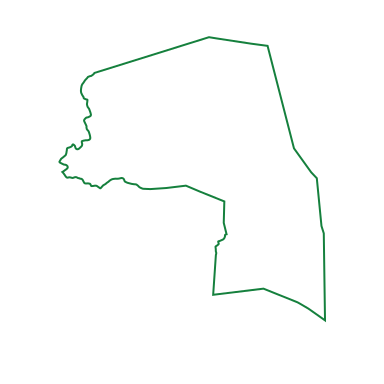 the district of San Francisco de Ojuera, Santa Bárbara, Honduras, rotated 260°
{"feature_id": "27666195B61070827999255", "entity_name": "San Francisco de Ojuera", "entity_type": "district", "adm_level": 2, "iso_a3": "HND", "parent_name": "Honduras", "parent_adm1": "Santa Bárbara", "projection": "robinson", "projection_center": [-88.219, 14.715], "detail": "fine", "context": "isolated", "style": "outline", "palette": "green", "viewbox_px": 384, "rotation_deg": 260, "n_neighbors": 0, "source": "geoboundaries", "source_scale": "gbopen_adm2", "svg_char_len": 5696}
<svg xmlns="http://www.w3.org/2000/svg" viewBox="0 0 384 384"><g transform="rotate(260 192 192)"><path d="M217.3,300.0L322.8,291.8L327.8,276.0L338.8,243.4L341.5,235.6L326.2,116.6L325.6,116.1L325.3,115.7L324.6,114.6L324.1,113.5L323.9,113.1L323.8,112.7L323.8,112.3L323.8,111.6L323.7,111.1L323.5,110.1L323.4,109.8L323.4,109.6L323.2,109.3L323.0,109.1L322.4,108.5L321.9,107.8L321.3,107.0L320.7,106.2L320.3,105.8L320.0,105.5L319.2,104.8L318.6,104.2L318.2,103.8L317.5,103.0L317.2,102.7L316.8,102.4L316.4,102.1L316.2,102.0L315.5,101.6L314.6,101.3L313.6,100.9L311.9,100.4L311.0,100.2L310.1,100.1L309.6,100.1L308.9,100.1L308.2,100.3L307.0,100.6L306.1,100.9L305.0,101.4L304.5,101.6L304.1,101.7L303.6,101.6L303.3,101.7L303.0,101.8L302.8,102.0L302.6,102.2L302.4,102.6L302.0,103.1L301.7,103.6L301.4,104.3L301.3,104.6L301.1,104.9L300.9,105.0L300.7,105.0L299.3,104.6L298.6,104.4L297.4,104.0L296.8,103.8L296.2,103.8L295.6,103.8L294.7,103.9L294.0,104.0L293.6,104.2L292.9,104.5L292.0,105.0L291.6,105.1L291.3,105.2L290.0,105.4L289.0,105.6L287.5,105.8L286.1,105.9L285.9,105.9L285.6,105.9L285.1,105.7L284.8,105.5L284.7,105.4L284.5,105.2L284.3,104.8L284.1,104.2L283.9,103.6L283.7,102.8L283.6,102.4L283.6,102.2L283.7,101.7L283.6,101.0L283.5,100.6L283.3,100.3L283.0,99.8L282.6,99.3L282.3,98.9L282.0,98.6L281.7,98.4L281.3,98.2L281.0,98.1L280.7,98.1L279.8,98.3L278.4,98.7L276.6,99.2L275.8,99.4L275.5,99.5L275.2,99.5L274.8,99.5L274.0,99.3L273.5,99.3L273.0,99.3L272.4,99.3L271.9,99.5L271.4,99.7L271.1,99.9L270.4,100.4L269.9,100.6L269.5,100.7L268.9,100.9L267.2,101.1L266.5,101.2L265.1,101.3L264.1,101.3L263.4,101.3L263.0,101.2L262.5,101.1L262.2,101.0L262.0,100.8L261.8,100.6L261.6,100.4L261.5,100.2L261.4,100.0L261.3,99.7L261.2,99.5L261.2,99.1L261.1,98.4L261.1,97.9L261.2,97.3L261.3,96.7L261.4,96.3L261.4,96.0L261.4,95.5L261.4,94.0L261.3,93.5L261.3,92.8L261.2,92.6L261.0,92.3L260.9,92.3L260.5,92.2L260.1,92.1L259.6,92.1L259.2,92.2L258.9,92.2L258.6,92.2L258.2,92.2L257.8,92.1L257.4,91.9L257.0,91.8L256.7,91.6L256.4,91.3L256.1,91.0L255.5,90.1L255.1,89.5L254.6,88.7L254.3,88.2L254.1,87.8L254.0,87.4L254.0,87.1L254.0,86.8L254.0,86.5L254.1,86.3L254.2,86.0L254.4,85.8L254.7,85.4L254.9,85.3L255.1,85.1L255.5,85.0L256.6,84.8L257.5,84.7L257.9,84.6L258.5,84.2L258.9,83.9L259.3,83.5L259.4,83.4L259.5,83.1L259.5,82.9L259.4,82.7L259.2,82.4L258.9,82.3L258.7,82.3L258.4,82.0L258.1,81.7L257.9,81.4L257.8,81.1L257.6,80.8L257.5,80.5L257.4,80.1L257.2,79.3L257.1,78.4L257.0,77.5L257.0,77.2L256.9,77.0L256.8,76.8L256.6,76.6L256.3,76.4L256.1,76.3L255.7,76.2L254.6,75.9L253.6,75.5L252.3,75.1L251.3,74.6L250.7,74.3L250.5,74.1L250.2,73.9L249.9,73.4L248.8,71.5L248.3,70.6L247.7,69.4L247.5,69.1L247.4,68.9L247.2,68.7L246.6,68.2L245.8,67.5L245.3,67.1L244.9,66.9L244.7,66.7L244.3,66.8L244.1,66.9L243.7,67.3L243.0,68.2L242.1,69.4L241.4,70.4L241.2,70.7L241.1,71.1L240.9,71.8L240.8,72.1L240.6,72.4L240.4,72.8L240.1,73.1L239.6,73.5L239.1,73.8L238.8,73.9L238.5,73.9L238.2,73.9L237.9,73.9L237.6,73.8L237.4,73.7L237.2,73.5L236.9,73.2L236.7,72.9L236.4,72.5L236.2,72.1L235.5,70.6L234.6,68.8L234.2,67.8L232.8,68.7L231.9,69.1L230.7,69.7L229.7,70.1L229.3,70.3L228.6,70.7L228.3,71.0L228.1,71.1L228.0,71.3L227.9,71.5L227.7,72.0L227.7,72.4L227.8,73.1L227.8,73.5L227.7,73.9L227.7,74.2L227.4,74.9L227.1,75.6L226.9,76.0L226.7,76.4L226.6,76.7L226.6,77.2L226.6,77.6L226.7,77.9L226.8,78.7L226.9,79.1L226.9,79.4L226.9,79.8L226.8,80.1L226.7,80.5L226.6,80.8L226.4,81.1L225.9,81.7L225.6,82.1L225.3,82.7L225.1,83.4L225.0,83.6L224.7,83.9L224.5,84.2L224.4,84.5L224.3,85.0L224.2,85.3L224.0,85.6L223.7,85.9L223.3,86.2L223.0,86.4L220.8,87.1L219.9,87.4L219.7,87.5L219.3,87.8L219.2,88.0L219.0,88.4L218.8,89.0L218.7,89.6L218.6,90.7L218.4,91.5L218.3,91.8L218.2,92.1L217.9,92.6L217.8,92.9L217.6,93.0L217.4,93.2L217.2,93.3L216.9,93.4L216.3,93.5L215.8,93.7L215.5,93.8L215.4,93.9L215.3,94.1L215.3,94.3L215.2,94.6L215.1,95.7L215.1,97.2L215.1,97.6L215.0,97.9L214.9,98.4L214.8,98.7L214.7,99.0L214.4,99.4L212.9,100.9L211.9,101.9L211.7,102.1L211.6,102.4L211.6,102.6L211.7,102.8L213.6,105.2L213.8,105.4L214.4,106.8L214.8,108.0L215.0,108.4L215.1,108.6L215.6,109.3L215.8,109.7L216.4,111.0L216.6,111.5L217.2,112.4L217.5,112.9L217.7,113.4L217.9,113.9L218.2,114.6L218.3,114.9L218.4,115.5L218.5,116.1L218.5,116.8L218.5,117.3L218.5,117.9L218.4,118.4L218.4,119.0L218.1,120.2L218.0,121.0L217.9,121.9L217.9,122.7L218.0,124.1L218.0,124.8L218.0,125.2L217.9,125.5L217.7,125.9L217.5,126.3L217.2,126.6L216.9,126.9L216.7,127.0L216.0,127.2L215.3,127.4L214.6,127.5L214.2,127.6L213.9,127.8L213.6,128.2L213.2,128.7L212.5,129.7L212.3,130.0L211.6,131.5L210.6,133.7L210.4,134.2L209.7,136.3L209.6,136.8L209.3,137.9L209.2,138.2L209.1,138.3L209.0,138.5L208.8,138.8L208.2,139.3L207.9,139.6L207.3,140.1L206.5,140.6L206.2,140.8L205.9,141.1L205.5,141.5L205.0,142.2L204.4,143.1L204.0,143.7L203.8,144.1L203.7,144.4L203.6,144.7L202.1,151.5L200.4,167.2L199.3,187.1L190.8,200.2L177.1,222.2L156.1,217.9L144.4,218.7L144.4,218.3L144.3,217.9L144.2,217.6L144.1,217.3L144.0,217.2L143.7,217.0L143.4,216.9L143.2,216.9L142.9,216.9L142.7,216.8L142.4,216.7L141.9,216.4L141.2,216.0L140.7,215.5L140.4,215.2L140.1,214.8L140.0,214.5L139.8,214.2L139.1,211.3L138.9,210.6L138.9,210.2L138.9,209.8L138.8,209.6L138.8,209.4L138.7,209.3L138.6,209.2L138.4,209.2L138.2,209.2L137.7,209.2L137.0,209.3L136.7,209.3L136.3,209.3L136.0,209.1L135.8,208.8L135.5,208.3L135.2,207.9L134.3,205.9L134.2,205.8L134.1,205.7L133.7,205.6L133.2,205.6L131.7,205.5L129.7,205.2L129.1,205.2L128.9,205.2L128.5,205.3L128.3,205.3L127.7,205.3L127.3,205.2L127.0,205.1L126.7,205.0L126.3,204.8L125.9,204.6L87.1,195.0L84.4,245.6L65.0,276.8L63.2,279.0L57.0,286.3L42.5,300.7L128.4,314.6L136.0,313.6L183.9,317.3L190.7,312.8L217.3,300.0Z" fill="none" stroke="#15803d" stroke-width="2"/></g></svg>